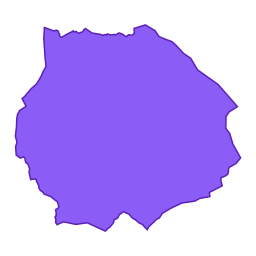 Erdenecogt, Bayanhongor, Mongolia (orthographic projection)
{"feature_id": "93677404B84319182599857", "entity_name": "Erdenecogt", "entity_type": "district", "adm_level": 2, "iso_a3": "MNG", "parent_name": "Mongolia", "parent_adm1": "Bayanhongor", "projection": "orthographic", "projection_center": [100.913, 46.548], "detail": "fine", "context": "isolated", "style": "filled", "palette": "violet", "viewbox_px": 256, "rotation_deg": 0, "n_neighbors": 0, "source": "geoboundaries", "source_scale": "gbopen_adm2", "svg_char_len": 3486}
<svg xmlns="http://www.w3.org/2000/svg" viewBox="0 0 256 256"><path d="M190.7,58.3L183.5,53.4L176.5,45.8L172.0,41.7L163.8,38.6L159.0,36.5L155.1,30.7L145.4,24.9L134.1,28.4L134.3,33.8L133.4,34.2L132.6,34.7L132.1,35.1L131.7,35.3L131.1,35.3L130.8,35.2L130.3,35.1L129.2,34.6L128.1,35.1L127.7,35.4L127.3,35.7L126.5,36.6L126.4,36.6L126.0,36.7L125.3,36.2L125.0,36.0L124.5,35.6L123.3,34.7L122.5,34.2L121.8,33.9L119.8,33.1L118.8,33.0L118.7,33.0L118.1,33.4L118.0,33.5L117.6,33.8L116.6,34.2L116.2,34.7L115.7,34.8L115.3,34.9L114.8,34.8L114.3,34.5L113.9,34.4L113.3,34.5L112.5,34.9L112.0,35.0L111.7,35.0L111.4,35.1L110.8,34.9L110.2,34.6L109.4,34.6L108.8,34.5L108.4,34.5L108.0,34.1L107.7,33.9L107.2,34.1L106.5,34.4L106.2,34.9L105.6,34.9L105.0,34.7L104.6,34.6L104.2,34.7L103.6,35.0L103.1,35.2L102.5,35.4L102.3,35.4L101.6,34.8L100.6,34.4L92.0,33.0L85.4,28.5L84.5,29.5L84.2,29.4L83.9,29.6L83.5,30.5L83.1,31.2L82.7,31.6L82.1,32.0L81.6,32.2L81.2,32.3L80.7,32.4L80.2,32.5L79.7,32.8L79.2,33.2L78.7,33.2L78.2,33.1L77.8,32.9L77.5,32.5L76.8,31.8L76.3,31.6L76.0,31.5L75.0,31.7L74.1,32.0L73.6,31.8L73.3,31.2L73.3,30.9L73.1,30.9L72.9,31.1L71.8,31.8L69.9,32.7L68.4,33.4L64.5,35.6L62.6,36.7L61.5,37.1L61.1,37.2L60.6,37.1L60.2,36.7L59.9,36.1L59.6,35.5L59.6,34.8L59.5,34.3L59.4,33.9L59.2,33.7L58.9,33.5L58.7,33.2L58.7,32.7L58.5,31.8L58.2,31.2L57.7,30.7L57.1,30.5L56.7,30.3L56.1,30.2L54.1,31.0L44.4,27.5L43.8,38.4L45.1,58.0L46.0,66.4L43.0,71.9L41.1,76.4L36.4,84.2L31.3,88.5L24.6,96.5L22.1,98.7L26.1,106.3L19.6,110.5L17.5,114.5L16.8,118.4L16.4,127.5L15.4,136.2L17.0,142.3L15.6,146.7L16.2,155.1L18.3,156.6L19.8,157.9L20.6,158.0L21.5,157.8L22.3,157.2L23.1,157.0L23.9,157.3L24.6,157.8L25.1,158.5L25.1,160.0L25.6,162.0L26.1,162.9L27.0,163.3L27.9,164.0L28.4,165.6L29.3,168.0L29.6,169.4L29.5,170.4L29.1,171.2L29.0,172.2L29.5,174.4L30.7,179.6L31.9,179.4L33.2,179.1L34.5,179.1L35.7,179.2L36.3,179.6L36.5,180.5L36.4,181.3L36.7,181.9L37.3,182.8L37.6,183.3L38.4,185.0L38.9,186.3L38.8,187.5L39.4,189.1L40.7,190.7L42.5,191.9L43.4,192.8L43.7,193.4L44.0,194.0L44.9,194.4L46.3,194.9L48.2,195.6L50.5,196.5L53.6,198.8L54.9,200.0L57.4,201.7L58.8,206.7L58.5,207.6L57.7,208.5L56.9,208.9L56.1,209.3L55.7,209.9L55.6,210.4L56.2,212.3L56.1,213.3L56.3,214.1L55.9,215.1L56.3,215.9L55.4,216.6L55.0,217.2L55.7,219.0L55.8,219.8L55.7,220.8L55.9,221.6L55.7,222.6L56.0,223.1L56.3,223.5L56.9,223.9L57.1,224.7L63.5,221.8L75.8,224.4L87.2,222.8L105.3,231.1L106.1,230.3L106.6,230.0L107.0,229.6L107.2,229.0L107.4,228.6L107.8,228.4L109.0,227.8L109.6,227.3L110.7,226.1L111.3,225.5L111.9,224.7L112.2,224.3L112.9,223.7L113.4,222.8L113.6,222.0L113.8,221.5L113.8,220.6L114.0,220.0L114.3,219.6L115.1,219.3L115.8,219.1L116.5,218.7L117.6,218.0L118.0,217.4L118.3,216.8L118.6,216.2L119.0,215.2L119.3,214.7L119.7,214.3L120.7,213.9L123.3,211.6L128.9,214.2L131.3,216.8L132.0,217.5L132.7,218.3L133.3,218.6L134.3,219.2L135.4,219.8L136.0,220.2L137.1,221.2L138.1,222.1L139.0,222.8L140.2,223.6L141.4,223.9L141.9,224.1L142.3,224.4L142.7,224.8L143.1,225.3L143.6,225.6L143.9,226.0L144.0,226.4L147.2,229.7L148.5,227.1L156.4,219.5L159.4,217.9L162.4,213.3L171.2,208.1L181.9,203.0L194.8,201.1L199.8,198.4L209.9,196.6L209.4,192.4L222.2,185.8L220.9,180.5L221.1,177.6L221.7,177.4L222.4,177.2L223.2,176.9L224.5,176.3L225.4,175.9L226.2,175.4L227.5,174.3L228.2,173.1L228.4,171.5L228.5,169.4L229.0,167.5L236.0,163.5L240.6,157.9L232.9,144.2L229.8,133.7L225.8,128.2L226.0,116.6L229.1,111.9L237.4,106.6L218.1,84.5L197.6,69.9L190.7,58.3Z" fill="#8b5cf6" stroke="#5b21b6" stroke-width="1.5"/></svg>